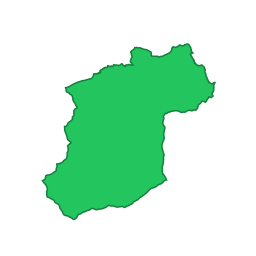 Mistrató, Risaralda, Colombia, rotated 255°
{"feature_id": "7082276B87448620862857", "entity_name": "Mistrató", "entity_type": "district", "adm_level": 2, "iso_a3": "COL", "parent_name": "Colombia", "parent_adm1": "Risaralda", "projection": "mercator", "projection_center": [-75.911, 5.407], "detail": "fine", "context": "isolated", "style": "filled", "palette": "green", "viewbox_px": 256, "rotation_deg": 255, "n_neighbors": 0, "source": "geoboundaries", "source_scale": "gbopen_adm2", "svg_char_len": 5867}
<svg xmlns="http://www.w3.org/2000/svg" viewBox="0 0 256 256"><g transform="rotate(255 128 128)"><path d="M99.3,31.7L96.7,32.7L94.0,34.0L92.3,34.4L89.6,34.3L89.0,34.1L87.9,33.0L86.2,32.7L85.2,32.3L82.5,32.1L82.1,32.3L82.0,32.7L80.9,34.2L80.2,34.7L77.6,37.6L77.2,37.8L75.4,38.2L74.2,38.9L73.7,39.3L73.1,40.3L72.5,40.9L71.9,41.2L70.5,41.5L67.9,41.5L66.9,42.1L66.1,42.2L64.2,42.9L63.4,43.1L62.5,43.1L61.7,43.3L60.6,43.8L59.6,44.9L59.3,45.8L58.5,47.1L56.9,48.9L55.6,50.3L53.7,51.7L53.7,53.0L54.5,55.1L55.1,55.7L56.6,56.8L57.3,57.5L57.4,58.3L57.3,59.5L57.4,60.4L58.1,61.8L58.2,62.6L58.4,65.4L58.6,66.3L58.8,67.8L58.7,69.4L59.4,71.0L59.6,72.5L58.9,74.0L58.3,74.6L57.3,76.1L57.1,77.6L57.1,79.2L56.7,81.3L56.7,83.2L57.3,86.7L58.0,88.0L58.2,89.2L57.9,90.0L57.1,91.1L56.7,92.9L56.3,94.0L55.3,95.3L54.4,97.0L53.7,102.3L52.3,103.8L52.1,104.2L52.3,105.4L52.8,106.4L52.8,108.1L53.6,111.7L54.1,113.0L55.2,114.2L56.0,117.7L56.0,118.6L57.6,121.2L58.2,123.3L60.4,128.9L62.4,132.1L63.7,134.7L63.7,138.2L64.0,139.5L64.5,140.6L65.4,143.0L65.5,145.1L65.7,146.0L66.5,147.8L67.5,148.9L68.0,150.8L67.9,151.4L67.8,151.8L68.7,151.7L72.7,150.8L73.9,150.3L74.6,149.6L76.7,149.9L81.8,151.1L83.5,152.2L85.8,153.3L89.0,154.4L91.1,154.8L92.4,155.9L99.7,155.7L102.7,156.3L104.9,157.6L108.3,160.2L109.4,160.5L112.0,160.7L113.2,161.0L118.1,163.5L119.5,163.8L122.2,162.8L123.9,162.9L125.1,163.4L127.8,165.1L129.2,165.3L130.1,165.2L130.5,165.4L132.0,167.4L132.4,168.1L132.0,169.0L132.8,170.9L132.8,171.4L132.5,171.9L132.8,173.0L132.9,174.4L132.6,176.1L132.6,177.6L131.8,180.3L130.9,181.7L129.5,183.0L129.1,183.8L129.1,185.4L128.5,187.4L129.3,189.5L129.3,191.0L129.0,192.7L128.0,194.1L128.4,196.0L128.1,196.9L127.7,197.7L127.7,198.2L128.3,199.3L129.3,200.4L130.7,201.2L131.8,201.6L132.0,201.8L132.4,202.4L132.9,204.3L133.2,204.6L133.7,205.0L134.6,206.6L134.7,206.9L134.3,207.9L133.5,208.6L132.8,209.6L133.3,210.0L133.7,210.8L135.1,212.0L135.9,213.1L137.0,213.9L136.7,214.7L136.1,215.6L135.9,216.3L136.1,216.6L136.6,218.2L137.3,218.5L138.8,218.0L139.7,218.3L140.1,218.5L140.7,219.4L141.8,220.3L144.6,221.4L146.3,221.6L147.3,222.0L149.3,223.7L149.6,224.3L149.6,222.6L148.8,220.7L149.4,219.8L150.9,218.3L151.1,217.7L151.5,217.6L152.0,218.0L153.2,217.5L154.2,217.6L154.7,217.1L155.4,217.1L156.3,217.4L157.1,217.0L157.5,217.0L158.0,216.6L158.7,216.9L160.4,217.2L162.2,216.7L162.7,216.8L163.8,217.6L164.1,217.7L165.3,217.5L166.1,217.5L167.6,217.2L168.6,216.3L169.8,215.6L169.9,215.0L169.6,214.3L169.6,213.9L169.9,212.7L170.2,211.8L170.7,211.7L171.1,210.7L171.5,210.3L171.8,210.2L172.1,210.0L172.5,210.1L172.8,209.7L173.2,209.7L173.3,209.1L173.8,209.4L174.3,209.3L174.7,209.3L175.2,209.0L175.7,209.4L176.1,209.3L176.3,208.8L176.5,208.7L177.3,209.1L177.6,209.1L178.8,208.2L179.8,208.3L180.8,207.8L181.4,207.8L182.0,207.4L182.4,207.2L182.8,207.3L183.6,207.8L183.7,208.3L183.3,208.3L183.2,208.7L183.8,209.4L183.7,210.1L184.3,209.9L185.5,209.0L187.8,209.4L189.0,209.2L189.5,209.4L192.9,208.3L193.2,208.2L193.6,207.5L193.9,206.4L193.6,204.1L193.5,203.7L193.1,203.3L193.1,202.8L194.0,200.3L194.3,200.0L194.7,199.8L194.9,199.5L194.2,198.2L193.6,196.0L193.6,195.0L193.8,194.3L194.3,193.1L194.9,192.6L194.0,191.3L193.5,190.9L192.1,190.4L191.1,189.6L189.9,187.8L189.5,185.3L189.1,184.6L189.1,183.3L188.4,179.8L188.5,178.8L188.7,177.8L188.4,176.8L189.2,175.4L189.9,174.8L189.9,173.8L191.3,169.5L192.2,169.3L194.5,169.9L195.3,169.9L196.7,168.7L197.6,167.5L198.8,166.3L200.0,163.5L200.9,162.5L201.6,161.2L202.1,160.8L202.4,160.5L202.7,158.8L203.6,157.0L203.9,155.3L202.9,154.8L202.7,154.1L202.1,153.2L201.8,151.7L200.9,150.5L200.4,150.1L199.9,150.4L199.5,150.5L195.5,150.3L195.3,150.2L194.7,149.4L194.1,148.9L193.7,148.9L192.1,147.6L191.6,147.4L190.1,147.8L189.8,148.0L189.6,148.5L189.0,148.4L188.2,148.5L187.5,149.0L187.8,147.8L188.2,147.1L188.3,146.3L189.0,145.8L189.1,145.5L189.0,144.4L189.3,143.1L189.3,142.1L189.2,141.7L188.6,141.7L188.3,141.4L188.5,141.2L188.4,140.8L188.6,140.6L189.3,140.3L189.8,139.5L191.2,139.2L191.3,138.8L191.6,138.5L191.7,138.3L191.3,138.0L191.2,137.7L190.7,135.5L191.4,134.1L191.8,133.6L191.7,133.0L191.9,132.4L192.3,131.4L192.7,131.0L192.9,130.5L192.0,130.1L191.5,129.0L191.4,128.7L192.2,128.1L192.2,127.6L191.7,127.0L191.7,126.6L192.4,125.8L193.3,125.2L193.5,124.6L193.3,124.3L192.5,124.1L191.9,123.5L191.9,122.6L192.4,121.8L192.4,120.7L191.8,120.3L191.9,119.2L191.4,119.0L191.5,118.3L191.1,117.3L191.3,117.0L191.2,116.8L190.1,116.3L190.1,116.1L190.4,115.7L190.2,115.5L189.5,115.5L189.2,116.0L188.9,116.0L188.9,115.7L188.5,115.5L188.8,115.0L188.4,114.1L188.9,113.8L188.3,113.0L188.3,112.8L188.7,112.4L188.3,111.7L188.9,110.8L188.9,110.6L188.6,110.2L189.2,109.2L189.0,108.9L188.2,108.5L187.1,107.8L185.9,106.7L185.1,105.1L185.4,103.6L185.2,98.3L185.5,96.3L185.3,92.2L184.7,87.3L183.9,84.0L183.2,82.1L183.0,80.6L183.1,78.1L180.9,78.1L180.1,77.9L179.0,78.0L178.2,78.5L177.8,79.4L177.5,79.7L176.7,80.2L175.6,80.6L174.8,81.7L173.9,82.2L170.8,82.6L170.0,82.0L169.3,82.1L166.4,82.7L165.5,83.3L163.5,83.4L161.1,84.3L160.6,83.9L160.4,83.3L159.9,81.5L158.6,80.1L157.7,79.8L156.9,79.7L156.2,79.4L155.2,79.4L154.6,79.2L154.2,79.0L152.9,77.1L152.2,76.8L151.0,76.8L150.6,76.4L150.0,74.9L149.3,74.2L149.2,73.3L148.3,71.4L147.8,70.8L146.2,69.7L145.6,68.7L145.6,68.0L146.0,67.5L145.7,66.9L145.0,67.0L142.5,66.3L139.7,66.4L139.0,66.6L135.8,66.8L132.2,66.8L129.9,68.5L129.6,68.9L129.2,69.2L128.8,69.2L128.4,69.0L128.1,68.5L128.0,67.9L127.4,66.9L127.0,65.8L126.2,65.0L125.7,64.9L124.8,65.1L124.1,64.8L122.7,64.8L121.1,64.0L119.9,62.8L117.4,62.2L114.8,61.0L114.4,60.6L114.1,60.1L113.9,59.2L113.5,58.6L113.1,57.4L112.4,56.7L111.7,55.2L111.3,51.9L111.7,50.3L111.7,49.9L109.3,49.6L107.1,48.0L105.4,47.7L105.2,47.4L104.9,46.5L104.9,46.0L103.6,43.0L103.2,40.7L103.2,39.8L103.1,39.1L103.5,37.8L103.1,36.2L100.4,34.9L100.0,34.6L99.6,34.2L99.5,32.6L99.3,31.7Z" fill="#22c55e" stroke="#15803d" stroke-width="1.5"/></g></svg>